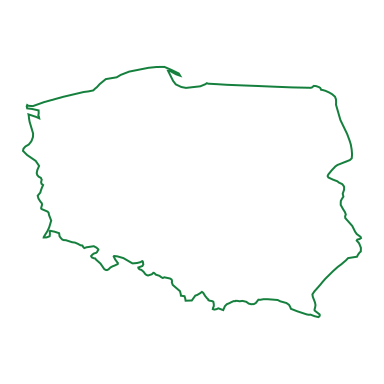 SVG path tracing the border of Poland
{"feature_id": "POL", "entity_name": "Poland", "entity_type": "country or territory", "adm_level": 0, "iso_a3": "POL", "parent_name": "Europe", "parent_adm1": "", "projection": "robinson", "projection_center": [19.099, 51.929], "detail": "fine", "context": "isolated", "style": "outline", "palette": "green", "viewbox_px": 384, "rotation_deg": 0, "n_neighbors": 0, "source": "natural_earth", "source_scale": "50m", "svg_char_len": 3774}
<svg xmlns="http://www.w3.org/2000/svg" viewBox="0 0 384 384"><path d="M343.1,209.2L345.0,212.2L345.8,214.5L345.1,216.3L345.3,218.1L347.0,220.0L352.3,226.0L355.1,231.7L356.7,234.0L360.6,236.9L361.0,238.1L359.5,239.1L358.3,239.3L357.3,239.6L356.7,240.6L357.7,241.7L359.1,243.3L360.9,247.8L360.8,251.5L359.6,252.5L358.0,254.7L357.0,256.7L348.1,258.1L346.0,260.3L341.2,264.4L337.9,266.8L333.1,271.1L325.4,278.7L322.6,281.9L320.5,284.5L314.3,291.5L312.4,294.4L312.8,296.8L315.0,302.5L315.5,305.1L315.1,307.5L314.5,309.6L314.6,310.5L316.5,312.0L319.6,314.4L319.8,315.2L319.4,316.3L318.4,317.1L314.6,316.2L310.4,314.6L308.9,314.8L306.7,314.4L297.3,311.3L290.9,308.8L290.3,307.2L289.1,304.9L286.4,303.0L280.2,301.3L277.7,300.0L267.7,299.2L263.4,299.2L260.3,299.8L258.4,299.7L255.7,303.1L253.8,304.1L251.1,304.2L248.7,303.6L246.3,301.8L242.4,300.9L239.6,301.3L237.5,300.9L235.7,300.8L235.1,301.2L233.7,301.1L231.6,302.0L229.3,303.2L226.8,304.2L224.9,306.2L223.2,310.1L218.3,308.3L216.7,309.1L214.3,309.6L212.8,309.1L213.1,307.7L213.8,306.2L213.8,304.1L213.3,301.7L211.8,301.0L209.6,300.7L208.4,300.2L208.3,299.4L207.1,298.4L205.1,295.9L203.2,292.8L201.9,291.9L200.0,293.3L197.1,295.0L195.3,295.6L191.8,300.5L185.6,300.7L185.2,298.4L184.5,296.2L180.9,295.7L180.8,294.4L180.0,291.2L172.7,284.9L171.8,282.2L172.1,281.2L171.6,279.5L170.0,278.5L164.3,277.3L162.8,278.0L161.4,277.3L159.4,275.8L155.7,274.6L155.3,274.0L154.0,272.9L153.3,272.8L152.8,273.4L151.8,274.3L148.0,275.5L146.5,275.0L145.2,274.0L143.6,271.8L141.4,269.9L139.5,269.3L138.5,268.3L138.3,267.5L142.4,266.0L143.3,264.4L142.8,261.5L142.2,261.1L140.6,262.1L137.1,263.0L133.9,263.3L132.3,263.3L123.4,258.1L117.5,256.4L114.1,256.0L113.7,256.5L115.2,259.5L117.9,263.1L117.7,264.1L114.5,265.6L112.6,266.3L110.4,267.5L108.6,269.3L107.0,270.1L105.6,269.9L104.2,269.0L100.5,263.6L95.9,259.5L95.3,258.5L93.9,258.3L91.8,257.4L91.1,256.1L92.2,254.8L93.7,253.6L96.2,252.8L97.0,252.1L97.5,251.1L98.4,249.7L98.2,249.2L96.4,247.6L93.8,246.2L86.4,247.3L84.3,248.1L83.2,247.0L82.4,245.5L80.5,245.3L78.0,243.9L75.0,242.6L72.0,242.2L65.9,240.2L63.6,240.1L62.2,239.5L60.8,238.0L59.6,236.4L59.1,233.2L54.6,231.7L50.1,230.8L49.8,231.3L49.9,234.5L49.6,236.3L46.6,237.4L43.7,237.5L43.8,236.9L47.5,231.0L49.2,227.3L51.2,220.6L49.1,215.2L48.6,212.8L47.6,211.6L41.5,209.0L41.1,208.1L42.1,204.5L41.7,203.1L40.3,201.5L38.4,198.4L37.7,195.7L40.3,192.6L40.9,190.4L42.1,187.2L42.9,185.5L43.1,185.0L41.5,183.8L41.1,182.1L41.7,179.7L40.8,177.8L38.7,176.7L37.3,175.1L36.7,173.1L37.3,170.1L39.1,165.9L35.7,160.9L27.1,155.0L23.0,150.9L23.5,148.6L25.4,146.5L28.8,144.5L31.4,141.2L32.9,137.2L33.0,136.4L33.1,133.5L29.6,121.8L29.1,118.9L28.7,115.4L28.5,114.4L36.1,116.9L39.2,118.3L38.9,116.7L38.3,115.4L38.7,113.4L38.6,110.4L31.7,108.9L27.2,108.4L26.7,106.3L27.2,105.0L28.4,105.8L32.9,106.1L44.1,102.1L63.3,96.8L83.7,92.0L88.5,91.4L93.3,90.4L95.1,88.6L96.8,87.3L99.7,84.1L105.8,79.1L116.7,77.3L120.7,74.9L129.2,71.6L148.5,67.8L156.5,67.0L164.4,66.9L171.4,69.9L178.8,73.5L180.1,75.7L176.1,74.3L170.3,71.1L168.1,70.9L173.1,80.9L175.8,84.4L181.3,87.0L186.0,87.9L200.3,86.3L205.4,84.2L206.8,83.2L208.2,83.7L217.5,84.2L226.9,84.8L242.1,85.4L257.9,86.0L274.3,86.7L292.0,87.4L310.7,87.8L311.9,87.5L313.8,85.9L316.1,86.1L318.9,87.1L320.2,87.9L320.7,88.8L321.1,89.8L322.6,90.0L325.4,90.8L329.2,92.5L332.1,94.2L335.0,96.7L336.0,99.5L336.1,102.6L336.0,104.6L336.2,105.4L340.4,120.0L347.2,134.1L349.7,140.9L350.8,144.5L351.7,149.8L352.0,153.5L352.0,155.5L351.7,158.4L349.8,160.1L337.6,164.9L335.4,166.4L331.8,170.2L328.6,174.1L327.8,175.4L327.7,176.3L328.4,177.5L332.9,179.6L337.4,181.3L338.8,182.5L342.2,184.1L343.4,185.6L344.1,186.8L344.1,189.7L342.7,193.7L343.4,196.7L342.0,198.7L340.8,201.0L340.7,204.9L343.1,209.2Z" fill="none" stroke="#15803d" stroke-width="2"/></svg>